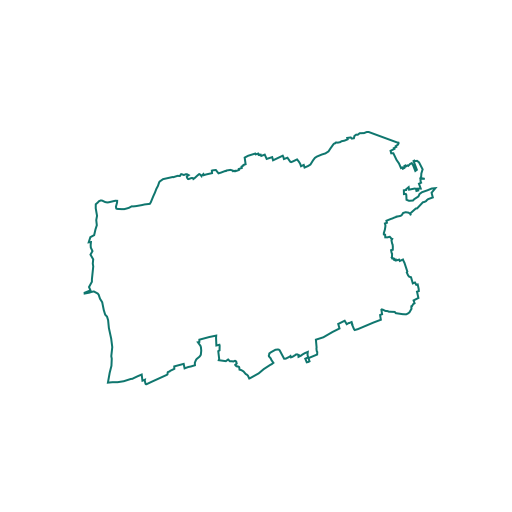 Kota Pekalongan, Jawa Tengah, Indonesia, rotated 242°
{"feature_id": "22746128B98453198956040", "entity_name": "Kota Pekalongan", "entity_type": "district", "adm_level": 2, "iso_a3": "IDN", "parent_name": "Indonesia", "parent_adm1": "Jawa Tengah", "projection": "equal_earth", "projection_center": [109.672, -6.894], "detail": "fine", "context": "isolated", "style": "outline", "palette": "teal", "viewbox_px": 512, "rotation_deg": 242, "n_neighbors": 0, "source": "geoboundaries", "source_scale": "gbopen_adm2", "svg_char_len": 6103}
<svg xmlns="http://www.w3.org/2000/svg" viewBox="0 0 512 512"><g transform="rotate(242 256 256)"><path d="M376.9,138.8L373.4,136.9L366.1,134.5L362.7,131.8L357.9,129.9L354.9,126.8L350.4,122.9L350.4,118.6L346.6,114.7L345.8,116.8L343.2,115.1L341.0,114.1L337.1,113.9L334.9,110.5L329.5,110.7L325.9,108.3L323.2,107.4L312.5,100.2L310.3,99.0L307.0,94.0L303.4,93.7L304.0,87.4L303.3,87.1L301.9,91.6L301.5,94.0L300.8,96.2L297.2,98.6L295.7,98.9L291.5,98.2L287.4,98.5L279.7,96.2L275.0,95.3L272.4,96.0L268.8,95.3L261.5,92.3L250.9,89.3L243.0,86.3L235.5,81.2L233.0,80.4L226.9,76.8L221.6,72.0L213.7,65.8L212.0,69.9L209.5,74.7L207.5,80.5L206.2,87.7L205.6,89.2L205.6,90.5L205.4,95.0L205.0,99.4L199.2,97.2L198.9,99.8L198.3,99.3L195.2,98.5L194.7,98.5L194.3,98.8L194.2,99.2L193.9,105.4L192.9,121.7L193.1,122.3L194.7,123.4L194.9,123.9L194.6,125.5L194.9,126.3L194.7,130.9L196.9,132.0L194.7,141.5L190.3,140.2L189.8,144.0L189.0,146.7L188.2,150.8L190.5,151.9L192.3,154.1L192.9,155.2L193.6,158.7L194.1,159.9L194.7,160.9L198.1,163.2L201.2,164.5L202.7,164.8L207.1,164.2L206.7,165.6L208.7,166.7L206.4,176.7L204.4,183.5L202.5,182.3L195.6,179.0L194.8,182.0L193.9,181.8L189.8,179.5L189.7,178.0L182.5,175.2L181.5,174.2L177.3,180.0L177.7,182.8L175.4,183.5L174.7,184.6L174.5,185.2L173.5,186.4L173.4,188.0L173.1,188.5L172.1,189.0L171.5,188.7L170.3,188.6L169.9,188.0L169.7,186.6L169.3,186.5L167.8,187.0L167.2,187.6L167.2,188.0L166.1,188.9L165.5,188.9L163.4,188.1L162.1,189.5L159.9,190.8L156.6,191.5L155.6,192.2L154.1,192.7L151.0,192.5L150.9,193.5L151.1,203.3L152.5,209.8L153.2,217.8L153.1,218.9L153.5,221.2L156.8,220.8L158.8,220.9L161.3,220.3L162.1,220.6L162.8,221.4L163.7,222.0L164.0,224.1L164.1,229.1L163.3,231.2L162.7,232.1L161.7,232.6L152.1,232.6L151.4,234.1L151.3,238.4L151.5,239.5L150.1,239.3L149.9,240.6L149.9,242.4L150.1,243.1L150.0,244.1L150.3,245.1L149.7,246.3L148.5,247.2L148.3,246.7L147.0,246.2L146.9,249.2L147.2,250.5L147.3,253.5L147.0,256.7L145.4,255.6L144.3,255.0L142.0,254.5L142.2,251.3L138.3,250.9L137.9,252.3L137.9,253.8L141.2,254.4L140.3,263.7L142.4,265.0L143.6,265.0L145.7,265.8L146.9,266.6L154.0,269.6L152.6,277.3L153.0,287.9L152.8,295.7L157.4,296.7L157.2,303.9L153.2,304.1L153.3,306.3L153.0,307.0L152.8,309.4L150.2,308.9L150.2,308.6L145.3,308.2L144.3,308.4L143.6,311.6L142.1,328.5L141.1,336.3L145.2,337.7L145.7,338.0L145.4,340.0L149.7,341.5L149.8,342.0L148.9,342.9L146.8,344.4L145.5,346.4L144.5,347.1L141.5,352.2L139.9,352.6L135.7,358.3L134.0,361.2L133.9,363.0L134.2,365.0L136.4,368.5L138.1,369.2L138.2,369.5L138.7,369.8L138.5,370.3L139.7,372.1L139.8,373.8L142.8,374.3L142.7,379.7L148.9,381.4L148.6,383.3L150.6,384.2L155.0,385.4L155.2,384.1L155.6,383.8L156.3,384.0L158.0,383.9L158.2,381.6L164.5,382.9L165.7,381.6L167.4,381.2L170.7,381.4L171.2,382.3L180.4,383.9L182.2,383.9L183.9,384.1L184.1,380.6L185.6,380.7L186.3,377.5L187.2,377.7L187.3,376.7L188.3,376.8L188.3,376.0L189.4,376.2L189.8,375.1L191.0,375.1L191.1,375.5L194.1,377.2L195.1,377.2L197.7,378.0L197.3,379.7L200.0,381.2L202.0,382.0L202.9,382.0L206.1,382.9L207.1,384.3L207.8,383.7L207.7,383.6L208.9,383.5L210.2,383.1L210.8,380.7L211.8,378.9L214.2,380.0L215.0,379.0L216.2,379.6L218.7,382.1L221.2,384.0L222.4,384.7L224.2,385.1L223.9,387.2L225.9,387.7L225.4,392.5L225.1,394.1L225.0,396.0L224.6,398.6L224.8,398.7L224.0,400.9L223.6,402.4L223.6,403.5L224.0,404.5L224.9,406.0L224.8,406.8L224.4,408.7L222.7,411.0L221.1,411.9L219.1,411.9L221.1,411.9L222.9,419.4L222.4,420.6L225.1,428.6L224.7,430.0L224.6,431.9L225.1,433.0L225.4,434.7L224.7,439.6L229.4,440.7L231.7,446.2L233.1,442.8L233.5,438.4L234.4,432.5L234.0,429.6L232.3,427.3L231.9,422.5L231.3,420.6L232.9,417.0L235.0,415.3L239.4,417.4L240.5,417.4L241.2,415.7L244.6,417.4L243.8,419.5L244.4,419.8L245.1,423.1L242.7,422.3L241.1,427.7L240.3,428.8L238.1,428.2L237.7,430.0L239.5,430.5L238.2,433.1L243.3,433.8L243.2,436.2L244.7,436.4L246.9,437.4L246.7,438.0L244.9,441.2L247.7,437.9L248.7,439.2L251.2,440.7L254.3,443.8L262.1,443.9L264.4,442.9L265.2,440.7L265.9,440.6L265.9,439.7L256.6,438.5L256.3,436.6L262.3,437.3L264.9,437.1L264.9,435.3L264.1,432.7L264.9,432.2L264.7,430.4L265.8,430.4L265.8,429.4L264.8,429.3L264.9,428.3L264.1,428.2L264.1,426.6L265.6,426.5L265.6,425.3L270.6,425.7L274.8,425.2L282.2,425.5L283.2,423.6L285.7,424.2L285.6,428.4L286.5,428.4L286.5,431.0L287.4,431.0L287.7,433.7L288.7,434.9L289.2,435.0L289.9,434.0L312.6,413.7L313.5,411.9L313.8,409.1L315.7,405.2L315.3,402.8L316.1,401.4L315.8,399.3L314.0,397.7L314.7,395.7L316.2,395.3L317.4,392.0L316.0,391.7L316.3,388.3L317.2,385.3L317.0,383.8L317.7,381.4L318.7,379.9L318.7,379.6L318.3,379.0L318.5,378.4L318.5,377.4L318.2,376.6L315.9,372.0L314.3,369.1L314.0,365.4L314.7,361.8L315.2,356.5L315.0,354.1L313.7,351.3L311.2,347.0L311.0,344.3L311.3,340.4L314.0,340.9L314.1,337.9L316.9,338.3L319.4,338.1L322.0,337.6L322.2,332.7L322.4,331.1L323.1,330.5L328.0,329.9L328.5,326.2L331.0,326.7L332.0,326.7L332.5,316.0L335.7,316.7L336.7,311.0L341.4,311.3L341.9,307.6L343.3,307.7L343.5,306.5L344.0,306.5L344.1,305.8L345.4,306.0L345.9,303.4L346.8,303.4L348.2,296.1L348.2,292.2L341.9,289.9L342.3,287.7L341.8,287.4L341.7,285.2L340.4,284.8L340.9,281.7L340.0,281.4L340.1,280.2L340.6,277.5L341.0,277.6L341.7,275.5L342.3,275.6L344.0,273.9L345.3,270.2L345.1,269.5L345.2,269.1L345.5,268.9L346.1,264.1L346.6,261.7L350.8,260.9L351.9,258.1L352.1,257.1L349.8,256.1L351.4,250.3L351.9,247.8L353.0,248.0L352.5,245.8L352.1,245.4L354.2,244.9L355.0,244.3L354.6,242.2L353.6,238.4L353.4,236.9L354.2,237.0L354.6,236.6L355.2,235.4L355.6,232.5L355.9,232.1L357.4,231.9L358.5,232.1L358.8,232.6L359.0,234.5L360.4,233.6L361.1,232.6L361.4,230.3L363.2,228.7L363.4,228.0L362.4,226.6L362.5,226.1L363.6,224.4L364.4,220.0L364.9,219.4L367.5,210.0L367.0,206.1L366.6,205.2L363.9,202.3L362.1,199.6L359.4,196.5L357.1,193.5L352.8,188.3L351.9,186.7L353.8,181.9L354.6,178.9L356.4,173.4L357.5,170.7L358.2,169.6L358.2,166.3L358.7,163.9L359.2,161.8L360.5,159.3L362.6,155.8L363.3,155.0L363.9,155.0L365.3,155.5L368.4,158.4L369.9,159.3L370.7,158.0L371.1,156.8L372.4,151.8L372.9,150.2L373.5,149.3L374.5,148.1L377.1,146.2L377.9,145.1L378.1,143.1L377.5,141.4L376.9,138.8Z" fill="none" stroke="#0f766e" stroke-width="2"/></g></svg>